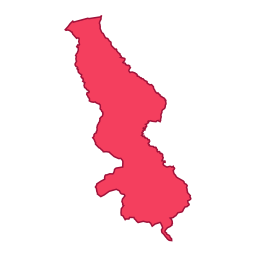 the district of Cugir, Alba, Romania
{"feature_id": "2599482B86964812869554", "entity_name": "Cugir", "entity_type": "district", "adm_level": 2, "iso_a3": "ROU", "parent_name": "Romania", "parent_adm1": "Alba", "projection": "natural_earth1", "projection_center": [23.412, 45.734], "detail": "fine", "context": "isolated", "style": "filled", "palette": "rose", "viewbox_px": 256, "rotation_deg": 0, "n_neighbors": 0, "source": "geoboundaries", "source_scale": "gbopen_adm2", "svg_char_len": 5796}
<svg xmlns="http://www.w3.org/2000/svg" viewBox="0 0 256 256"><path d="M125.6,219.5L125.8,218.9L128.9,219.0L129.6,217.4L134.0,217.5L134.4,218.8L135.4,219.6L136.6,221.2L138.1,222.5L143.3,221.3L147.0,222.2L149.1,222.0L150.7,223.3L152.2,226.2L155.1,224.0L160.1,222.4L160.6,222.9L162.0,225.9L162.6,227.7L162.5,228.5L161.7,229.3L161.5,229.8L161.7,231.6L162.0,232.6L163.8,234.3L165.6,236.8L166.6,237.7L167.0,238.5L167.7,239.2L169.2,240.3L171.7,240.6L171.6,238.8L170.2,237.4L169.7,236.0L169.0,235.3L166.7,234.1L166.5,233.0L165.2,232.2L164.9,231.3L165.5,230.0L167.5,227.7L170.1,226.5L172.1,224.9L171.8,224.1L172.4,223.3L172.2,222.2L172.2,221.3L171.5,219.5L170.2,218.1L172.6,217.7L173.6,217.3L174.4,216.4L175.8,215.7L177.9,212.8L181.9,211.9L182.8,210.9L183.7,208.9L185.1,206.9L187.1,206.6L187.5,206.0L188.3,205.6L189.1,204.8L189.1,204.2L188.0,202.9L187.7,200.8L189.6,200.0L190.6,199.2L190.8,198.3L189.9,196.9L190.3,195.7L187.4,192.4L187.4,191.3L187.0,190.2L187.1,189.2L186.5,187.4L187.2,185.7L186.4,184.4L185.3,183.9L184.2,183.0L184.0,181.8L183.1,180.9L177.9,178.0L176.6,177.1L176.1,176.6L175.6,175.4L174.2,173.9L173.7,172.8L173.2,170.3L174.0,169.6L174.6,168.3L174.1,167.6L173.6,167.4L173.2,166.3L172.3,167.0L171.6,167.1L171.0,166.5L169.9,166.3L167.3,167.0L166.3,166.9L165.6,166.3L164.8,166.0L163.6,165.2L163.6,164.8L163.1,164.3L163.3,162.9L163.9,162.3L165.0,162.4L165.2,162.1L164.9,161.0L164.7,161.0L163.6,161.3L162.5,160.6L162.0,160.7L162.1,160.0L162.5,159.7L162.9,158.8L162.7,158.2L163.1,157.9L163.2,157.4L162.4,156.3L162.7,155.2L162.6,154.5L161.6,153.4L160.5,153.6L160.0,153.1L160.0,152.3L159.2,151.5L158.7,151.5L157.9,151.9L157.5,151.7L157.0,150.7L157.3,149.7L156.9,149.1L156.1,148.5L156.2,147.7L155.8,147.3L153.9,147.3L153.4,146.5L150.7,146.2L149.2,145.5L149.0,145.2L149.2,144.4L148.2,143.7L148.2,143.2L149.3,142.1L149.7,141.1L149.1,139.7L147.9,139.7L147.4,138.5L146.9,138.2L145.2,138.0L145.2,137.4L145.0,137.2L144.6,137.3L144.2,136.9L144.1,136.0L143.9,135.9L143.3,136.4L142.5,136.4L142.2,135.5L141.7,135.3L142.5,134.6L142.2,134.0L142.3,133.8L143.0,133.7L142.3,133.1L142.0,132.5L142.2,132.2L143.0,131.8L143.2,131.5L143.0,130.5L145.0,129.9L144.8,129.1L143.3,128.5L143.2,128.2L143.4,127.9L144.0,128.0L145.3,128.4L145.9,127.3L145.6,126.7L146.6,126.4L146.4,124.6L145.9,124.3L146.7,124.1L147.1,123.5L148.5,122.7L148.0,121.8L148.1,121.3L148.6,121.0L149.3,121.2L150.8,120.7L151.8,121.2L156.0,121.7L157.0,120.8L158.2,120.5L158.5,120.9L160.1,121.7L160.7,120.1L160.5,119.5L161.2,116.8L160.9,115.5L161.1,114.1L161.9,112.5L161.8,111.8L162.1,110.5L162.4,110.0L164.6,108.4L165.1,107.2L165.3,106.1L165.3,105.1L165.8,104.4L166.0,103.7L165.7,101.4L165.3,100.7L165.7,100.3L165.2,100.1L165.1,99.2L164.5,98.8L164.0,98.0L162.2,97.2L161.7,96.5L161.0,96.5L160.1,95.6L160.0,94.8L159.5,94.6L159.2,94.2L158.4,93.6L158.2,93.0L157.6,92.9L157.1,93.3L156.5,93.0L155.1,91.2L154.6,90.0L153.8,88.8L153.5,87.9L153.4,86.7L151.8,84.9L151.4,84.6L149.8,84.8L147.4,83.3L147.0,82.7L147.2,82.0L146.7,81.3L145.8,81.1L144.4,80.3L143.1,78.8L141.5,78.7L141.3,78.6L141.5,78.2L141.3,77.9L139.7,77.4L138.7,76.3L137.4,76.2L137.1,75.9L137.3,75.1L136.5,73.9L135.7,73.7L134.9,72.9L132.1,72.0L130.1,72.5L129.8,72.4L129.6,71.7L129.2,71.5L128.8,70.5L129.1,69.6L130.4,67.6L129.5,66.5L129.7,66.0L129.1,65.5L128.3,65.2L127.5,65.4L125.7,64.6L125.5,64.3L125.4,63.4L123.4,62.6L123.2,62.8L122.9,62.4L124.3,61.0L124.8,59.9L125.0,58.9L124.6,58.4L121.2,57.5L121.5,57.4L121.3,56.5L120.1,55.0L120.0,54.0L119.6,54.0L119.4,53.5L118.2,52.7L116.5,50.5L116.6,49.5L116.1,49.0L115.1,49.3L111.7,45.9L110.9,44.1L111.1,43.1L110.8,42.0L109.5,41.1L108.7,40.1L108.3,39.2L107.6,38.5L105.4,37.8L103.2,33.5L102.2,33.0L101.4,31.7L100.1,28.5L100.2,26.8L99.9,24.4L99.4,23.3L99.7,21.7L101.0,19.1L101.0,17.4L101.6,15.4L100.5,16.9L89.1,18.6L87.7,18.3L73.5,22.1L72.8,21.1L70.3,23.5L68.0,26.6L65.2,29.7L66.0,30.3L67.7,30.0L68.7,30.2L70.5,31.1L71.5,32.1L72.0,32.1L72.8,34.1L77.0,38.8L76.7,37.8L78.9,38.2L79.1,40.0L78.7,41.4L79.5,44.3L79.4,44.8L78.9,44.7L78.2,45.2L77.7,45.0L77.6,45.3L77.9,45.4L77.8,45.6L76.7,46.4L77.2,47.4L78.3,47.4L78.1,48.0L78.3,48.9L78.2,50.5L77.1,53.2L76.4,53.9L76.1,54.7L75.6,55.5L76.0,56.0L76.3,56.6L75.9,58.7L76.2,60.5L76.6,61.1L75.1,63.9L75.1,64.9L76.0,66.4L77.3,67.1L77.7,67.8L77.0,68.8L77.7,69.4L78.3,69.5L78.0,70.4L78.4,72.3L80.4,74.1L81.3,74.5L81.2,74.6L81.5,74.9L81.5,76.0L81.0,76.7L81.8,77.9L82.7,78.1L82.7,78.7L83.2,79.0L83.1,79.6L83.4,80.1L82.7,81.3L84.8,82.6L84.3,83.2L84.6,83.9L84.0,85.2L84.6,87.5L86.2,88.5L86.5,89.3L87.1,89.9L87.9,90.1L88.2,90.7L89.0,91.2L89.2,91.6L88.7,92.7L87.6,92.6L87.0,92.9L86.7,94.5L87.7,95.8L87.8,96.3L88.6,97.8L89.1,98.0L89.4,98.5L89.5,99.0L89.3,100.8L91.1,101.8L93.3,102.2L95.4,102.0L95.9,102.6L97.0,103.2L99.1,104.1L99.2,103.9L100.2,105.0L100.4,107.2L100.1,108.5L100.2,109.0L101.4,110.2L101.8,111.4L102.8,112.2L102.7,113.0L103.0,113.9L102.4,116.1L100.8,117.3L100.4,117.7L100.4,118.2L99.8,118.6L100.0,119.8L99.7,120.4L99.6,121.6L98.7,122.8L98.2,124.1L97.4,125.2L97.3,126.4L96.9,127.2L97.1,128.4L97.0,129.0L97.1,130.3L96.3,131.7L96.4,132.7L94.8,133.6L94.0,134.7L93.9,136.6L92.7,137.7L94.1,139.4L95.1,142.0L95.6,142.5L95.5,144.1L98.9,147.7L100.3,148.4L101.4,149.7L102.6,150.5L103.3,151.8L106.6,151.7L109.5,152.2L110.0,153.0L114.2,156.6L118.8,158.6L120.8,158.4L122.5,160.4L122.9,161.7L122.7,167.0L116.1,168.1L115.0,168.9L114.4,169.9L114.4,170.9L113.6,172.9L112.8,173.9L109.7,173.8L107.1,174.8L105.5,175.0L104.9,176.0L104.6,177.5L104.7,179.2L100.7,181.3L96.8,183.9L96.5,185.4L95.4,187.0L96.4,188.4L96.8,191.3L97.5,193.2L97.4,194.0L100.8,196.6L104.2,194.9L109.2,191.3L116.3,189.3L119.4,190.8L120.5,193.0L121.4,193.8L124.3,194.5L124.9,195.9L122.5,199.0L121.9,201.6L122.8,203.5L122.7,204.9L123.7,205.5L121.3,208.8L121.0,212.8L121.3,215.1L123.0,215.9L125.2,219.7L125.6,219.5Z" fill="#f43f5e" stroke="#9f1239" stroke-width="1.5"/></svg>